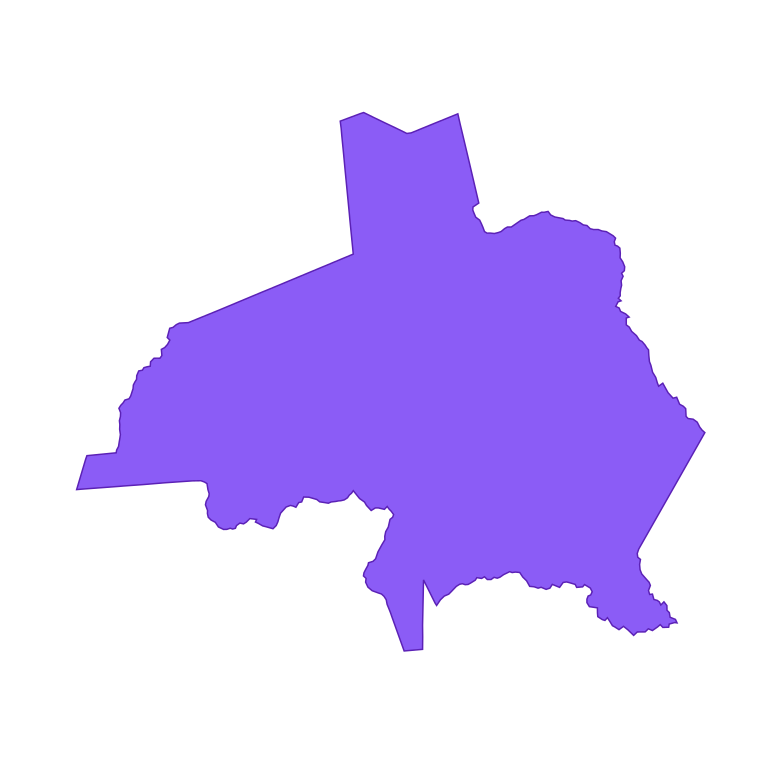 outline of Ouricuri, Pernambuco, Brazil, rotated 355°
{"feature_id": "56859067B94124885213044", "entity_name": "Ouricuri", "entity_type": "district", "adm_level": 2, "iso_a3": "BRA", "parent_name": "Brazil", "parent_adm1": "Pernambuco", "projection": "robinson", "projection_center": [-40.162, -7.951], "detail": "fine", "context": "isolated", "style": "filled", "palette": "violet", "viewbox_px": 768, "rotation_deg": 355, "n_neighbors": 0, "source": "geoboundaries", "source_scale": "gbopen_adm2", "svg_char_len": 4678}
<svg xmlns="http://www.w3.org/2000/svg" viewBox="0 0 768 768"><g transform="rotate(355 384 384)"><path d="M68.6,462.4L73.0,462.4L111.2,462.9L115.2,462.9L134.9,463.2L157.1,463.3L184.8,463.8L193.2,464.4L196.6,466.0L199.0,467.8L199.4,473.9L200.3,478.1L199.6,480.9L196.6,485.4L195.6,488.8L197.2,494.6L196.8,497.7L197.3,501.4L199.8,504.4L203.9,507.1L206.6,512.0L211.5,514.9L214.8,515.1L218.2,514.3L220.6,515.3L223.4,514.8L224.7,512.2L228.3,510.0L231.9,511.1L234.8,509.6L238.6,506.4L241.6,507.0L245.3,507.8L243.9,510.3L246.8,512.0L250.8,514.8L254.0,515.9L260.8,518.5L264.3,515.6L266.3,512.0L267.8,508.0L269.7,503.7L275.8,498.0L280.2,496.8L282.9,497.7L285.5,499.1L288.7,494.7L291.7,494.3L294.1,489.6L299.3,490.2L307.0,493.2L309.7,495.8L314.3,496.9L318.2,497.9L321.1,496.9L325.7,496.8L328.3,496.5L330.9,496.5L334.3,496.0L337.7,494.2L339.8,491.6L342.1,490.0L344.1,487.6L349.7,496.0L354.3,499.9L356.0,503.5L360.2,508.9L364.6,506.7L367.4,506.9L373.5,508.9L376.5,506.3L378.2,509.1L380.1,511.4L382.2,514.9L381.0,517.5L378.2,519.4L375.8,526.9L372.8,531.3L371.5,535.8L371.3,539.2L368.1,543.6L363.4,550.6L360.4,557.4L357.6,559.7L353.0,560.7L352.1,563.4L349.5,567.2L347.6,570.3L346.8,573.4L349.2,576.1L348.4,579.8L350.3,585.0L354.2,588.9L360.2,591.7L363.2,593.0L365.5,595.5L367.4,599.1L367.9,603.8L369.3,608.3L370.5,612.3L371.4,615.9L374.4,627.4L380.8,651.7L399.3,651.7L400.5,639.4L401.4,627.6L406.3,582.6L415.8,606.7L417.1,609.2L421.4,603.9L425.6,600.5L430.2,599.0L432.8,596.8L438.4,591.9L441.9,590.1L444.7,589.8L447.4,591.0L450.3,591.0L452.8,589.9L457.8,587.4L459.6,585.0L464.3,586.2L467.3,584.8L469.9,587.8L473.6,588.1L476.8,586.2L479.9,587.3L482.6,586.6L486.6,584.3L492.9,581.9L495.2,583.0L498.5,582.8L502.8,583.6L505.4,588.4L508.9,592.5L511.5,598.3L515.9,599.1L519.7,600.8L522.8,600.2L527.6,602.7L531.5,601.8L534.2,598.3L541.2,601.9L545.2,597.3L548.6,597.1L551.2,598.0L557.0,600.3L558.2,603.4L564.2,603.4L566.3,601.3L571.7,605.2L573.3,609.1L571.5,612.2L568.9,613.0L567.4,616.0L567.1,619.5L569.2,623.7L577.1,625.6L576.7,630.8L576.7,634.4L580.9,637.7L583.5,638.8L586.2,636.3L588.4,640.4L590.5,644.7L592.7,646.1L596.7,649.2L601.5,646.3L605.6,650.2L610.8,656.2L614.7,653.1L622.6,653.7L626.0,650.9L629.9,653.0L635.3,649.9L638.2,647.8L640.6,650.8L646.4,651.1L647.2,648.0L652.7,647.0L655.1,647.5L653.8,643.9L648.7,641.3L648.3,636.6L646.2,634.1L646.5,629.4L643.9,625.4L640.5,628.3L639.3,625.1L637.4,623.4L634.1,622.2L633.1,616.7L630.3,616.8L629.5,612.8L631.8,607.9L630.8,604.6L628.6,601.7L624.2,595.7L622.9,591.3L622.9,586.0L624.2,581.1L621.7,578.7L621.5,574.9L623.4,570.6L667.5,506.7L699.4,460.4L696.8,457.6L694.8,454.5L692.7,449.3L688.9,446.0L683.9,444.9L682.1,442.6L682.4,434.9L680.3,432.3L676.7,429.9L674.4,422.7L670.7,423.3L666.2,417.4L661.8,407.5L657.4,410.1L656.4,406.7L655.3,401.2L652.6,395.7L651.5,388.6L650.4,384.9L650.3,378.7L650.5,373.1L648.8,370.6L647.5,368.0L644.8,364.2L642.2,362.5L639.7,357.8L635.3,353.2L633.3,348.7L630.5,346.2L631.1,339.4L634.0,338.7L630.9,335.3L626.0,332.3L624.9,328.8L621.6,326.9L624.3,322.6L627.4,321.8L624.9,319.0L627.0,316.8L627.2,313.7L628.2,309.6L629.3,306.4L629.2,301.8L631.6,297.5L630.3,294.4L633.3,292.1L634.0,288.2L632.5,283.2L630.2,278.9L630.8,274.3L630.8,269.2L628.7,267.0L626.2,265.8L625.8,262.3L627.4,258.9L625.2,256.3L618.8,251.6L614.3,250.5L610.9,248.8L606.3,248.4L603.0,247.3L600.0,243.8L596.4,242.9L593.2,240.3L589.2,238.0L585.6,238.1L583.2,237.2L578.8,236.5L576.8,234.8L568.7,232.5L564.8,230.1L562.5,226.4L558.5,226.9L555.9,226.6L550.9,228.6L548.0,229.4L543.7,229.2L537.8,232.2L534.8,232.8L524.5,238.7L520.6,238.4L517.7,239.7L514.0,242.3L511.0,243.1L507.1,243.7L502.9,242.9L499.8,242.7L497.4,240.9L496.3,236.8L495.0,232.8L493.6,229.1L489.9,225.8L488.5,221.5L487.6,218.4L488.1,215.4L494.2,212.0L488.3,170.9L484.4,144.3L482.6,132.3L481.1,121.3L457.1,128.7L432.9,136.2L428.6,136.4L418.0,130.0L407.6,123.9L396.5,117.3L390.4,113.6L387.4,111.8L383.9,112.6L363.3,118.3L363.6,125.8L363.6,132.6L363.8,151.9L363.9,168.3L364.3,211.2L364.3,216.0L364.7,251.9L329.6,263.1L286.2,276.9L275.5,280.3L270.6,281.8L225.8,296.1L198.0,304.7L194.5,305.8L185.5,305.5L182.2,306.8L178.8,309.2L175.4,309.8L173.1,316.1L172.1,318.8L174.5,321.6L171.8,325.7L168.7,328.6L165.2,330.1L165.2,336.3L163.0,338.8L159.9,338.5L157.1,338.3L153.4,341.5L152.7,345.9L149.4,346.2L146.3,346.8L144.5,349.2L140.8,349.6L138.4,354.1L137.9,357.8L136.0,360.3L134.2,363.2L133.6,366.8L132.0,370.6L130.6,373.9L128.7,376.5L124.5,377.4L122.5,380.0L119.9,382.3L117.8,385.1L119.1,389.6L118.6,393.4L117.2,397.5L117.3,401.5L116.7,406.1L117.0,411.4L116.2,414.8L115.3,418.2L114.1,423.1L111.9,426.5L111.2,429.2L81.8,429.5L80.3,432.8L68.6,462.4Z" fill="#8b5cf6" stroke="#5b21b6" stroke-width="1.5"/></g></svg>